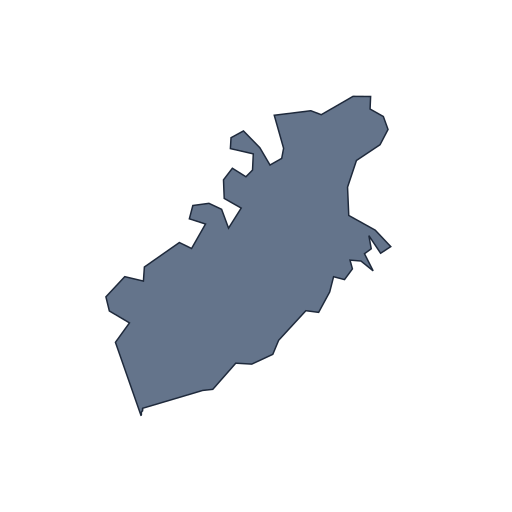 New Kent, Virginia, United States of America (Robinson projection), rotated 296°
{"feature_id": "52423323B69820682895113", "entity_name": "New Kent", "entity_type": "district", "adm_level": 2, "iso_a3": "USA", "parent_name": "United States of America", "parent_adm1": "Virginia", "projection": "robinson", "projection_center": [-77.003, 37.502], "detail": "fine", "context": "isolated", "style": "filled", "palette": "slate", "viewbox_px": 512, "rotation_deg": 296, "n_neighbors": 0, "source": "geoboundaries", "source_scale": "gbopen_adm2", "svg_char_len": 1103}
<svg xmlns="http://www.w3.org/2000/svg" viewBox="0 0 512 512"><g transform="rotate(296 256 256)"><path d="M410.6,241.6L390.5,210.7L364.9,233.6L355.0,236.3L343.9,228.7L355.0,212.0L362.9,189.9L351.4,181.7L341.3,185.9L346.6,208.8L331.7,215.2L322.8,212.2L324.5,196.3L310.2,193.4L293.8,202.2L292.6,221.7L269.0,219.1L282.9,204.6L282.7,190.6L273.7,177.1L260.2,179.8L262.6,196.6L234.5,194.8L234.5,181.2L197.2,160.5L184.1,165.8L179.9,147.1L153.5,139.0L142.3,148.3L140.4,171.6L116.8,167.5L62.4,222.4L62.6,222.6L63.3,222.5L64.4,221.9L64.5,221.6L65.0,221.4L65.3,221.6L65.7,221.5L66.3,221.6L67.0,221.9L67.6,221.6L68.0,221.7L68.4,221.4L68.7,221.1L69.1,220.9L69.5,220.9L111.8,267.0L117.2,275.6L150.8,284.8L157.0,299.6L175.0,314.2L190.2,313.3L228.7,324.8L232.8,337.0L256.0,338.0L271.4,334.8L273.6,345.9L286.7,348.3L293.5,342.3L297.5,352.5L294.0,367.8L305.6,352.5L313.0,356.4L323.8,348.5L313.1,366.8L323.5,373.0L331.5,351.8L333.1,321.6L358.0,308.1L385.9,304.4L410.4,318.7L427.6,319.2L437.2,309.3L438.1,294.1L449.6,289.1L442.0,273.2L411.6,252.7L410.6,241.6Z" fill="#64748b" stroke="#1e293b" stroke-width="1.5"/></g></svg>